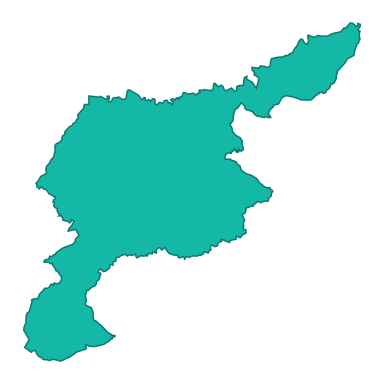 the district of Xochicoatlán, Hidalgo, Mexico
{"feature_id": "50627088B82617761182934", "entity_name": "Xochicoatlán", "entity_type": "district", "adm_level": 2, "iso_a3": "MEX", "parent_name": "Mexico", "parent_adm1": "Hidalgo", "projection": "robinson", "projection_center": [-98.634, 20.789], "detail": "fine", "context": "isolated", "style": "filled", "palette": "teal", "viewbox_px": 384, "rotation_deg": 0, "n_neighbors": 0, "source": "geoboundaries", "source_scale": "gbopen_adm2", "svg_char_len": 5830}
<svg xmlns="http://www.w3.org/2000/svg" viewBox="0 0 384 384"><path d="M138.6,95.3L129.3,89.8L128.5,90.0L127.5,90.5L126.0,98.1L125.4,98.7L122.7,99.7L118.4,96.9L117.2,97.9L115.3,97.5L112.6,98.4L111.6,101.1L109.9,102.1L108.2,101.7L109.4,98.6L109.1,96.1L107.2,96.3L107.6,97.8L105.9,99.3L100.4,96.3L99.5,97.2L88.9,96.0L88.9,104.5L85.2,104.4L83.8,105.5L84.0,107.8L77.7,114.9L78.4,117.9L76.0,120.4L76.0,122.2L73.4,123.1L72.2,125.4L69.4,126.8L65.0,131.5L64.6,134.5L62.4,136.1L61.5,140.6L59.0,142.7L56.2,143.8L55.0,145.7L55.1,150.4L53.8,156.6L51.0,159.9L49.4,163.3L46.5,166.3L45.8,169.7L46.6,172.5L46.3,173.4L40.6,176.6L38.4,180.6L35.9,183.5L37.2,185.2L36.8,186.8L38.1,187.0L39.0,188.9L41.6,186.8L43.7,189.1L46.2,189.6L49.2,193.9L52.8,195.6L53.7,196.7L55.6,196.6L54.9,199.1L53.4,200.0L53.0,202.1L54.4,202.8L53.7,206.0L55.3,207.8L57.0,208.3L57.5,210.0L57.0,210.9L58.1,212.0L58.1,213.3L60.1,214.2L58.7,215.9L60.8,215.7L62.7,217.9L63.0,220.2L68.4,221.6L69.4,222.8L70.6,222.3L71.6,219.8L74.0,221.2L71.9,225.3L69.1,228.4L68.1,231.1L75.7,229.4L79.1,235.4L75.6,238.8L74.6,242.6L72.0,244.6L62.5,248.2L56.1,252.7L55.5,254.5L53.5,254.7L51.9,256.8L49.9,256.1L48.6,258.9L45.3,259.8L44.0,261.2L44.1,262.3L48.3,262.1L50.6,263.9L52.4,263.2L52.7,265.2L54.9,267.9L55.8,270.6L57.6,271.5L61.8,277.5L61.0,280.9L58.5,283.6L56.8,283.8L54.2,282.9L53.4,285.0L51.3,284.1L50.2,285.1L49.6,286.9L47.3,288.4L45.1,288.1L39.1,294.7L38.4,297.6L36.3,299.0L33.9,298.8L31.5,300.0L32.0,301.4L29.5,311.0L26.8,313.7L26.0,317.3L26.1,322.7L24.2,326.6L23.7,330.2L29.2,339.5L24.6,347.4L31.3,352.3L32.4,350.9L34.8,350.6L35.9,351.3L36.5,353.5L38.9,356.6L42.2,358.0L42.8,359.1L44.6,359.8L47.0,359.6L48.7,360.6L53.7,359.3L60.3,361.0L62.0,360.5L70.5,356.6L76.9,351.9L85.7,349.2L86.5,347.5L85.4,345.6L85.6,344.6L89.6,346.3L94.9,346.6L103.7,344.4L109.6,340.7L110.3,339.3L112.2,338.9L112.2,337.7L115.0,336.4L115.1,335.8L112.4,335.3L107.5,332.3L101.3,325.5L98.2,323.4L96.7,321.5L94.5,320.5L93.2,318.5L93.1,312.9L91.5,307.8L86.6,305.6L84.9,303.9L86.4,301.4L85.3,294.4L86.5,292.9L86.5,290.4L88.4,290.3L92.1,286.9L94.6,286.2L96.1,284.3L96.6,281.4L98.9,279.8L100.9,274.0L100.4,273.0L98.2,272.8L98.8,270.0L100.4,269.0L103.5,271.6L105.7,271.0L109.7,267.9L110.0,264.8L111.1,264.4L113.0,265.2L112.9,262.1L115.7,261.2L116.5,257.5L119.0,257.1L120.9,255.7L125.0,254.3L127.4,256.0L129.2,254.7L131.4,255.5L135.5,254.3L136.1,256.8L137.0,257.9L140.4,255.8L144.7,256.1L147.4,254.4L146.7,255.6L147.1,256.1L148.6,253.2L152.1,253.9L152.9,251.7L156.3,253.1L156.6,252.2L156.0,250.1L158.3,247.9L160.2,247.8L161.3,249.7L162.2,249.9L164.7,247.4L168.8,253.3L173.7,255.1L177.3,255.1L178.2,257.2L179.3,258.0L183.0,256.7L184.4,257.9L184.6,260.0L185.5,257.3L186.3,256.6L189.6,257.4L190.3,256.6L193.2,255.9L197.2,256.1L199.3,255.0L200.6,255.4L203.4,253.9L204.0,251.7L208.2,253.0L209.4,250.6L210.9,249.9L210.5,246.8L211.1,245.3L212.9,245.5L214.7,246.7L217.5,245.8L218.0,243.0L221.6,241.3L221.1,240.1L221.5,239.3L229.1,242.4L229.8,242.1L230.2,240.5L235.9,239.2L236.3,236.6L237.5,236.3L238.6,237.4L240.4,237.6L242.3,235.0L245.9,233.3L246.0,230.0L243.0,228.7L243.7,226.4L243.4,222.5L244.8,220.3L242.4,215.5L242.5,214.5L245.3,212.7L246.4,207.6L249.0,207.4L250.4,206.1L253.1,206.2L253.3,205.2L257.9,201.4L260.6,202.6L264.2,201.2L268.3,201.0L268.7,198.2L271.2,196.0L271.5,193.1L272.7,191.4L272.6,190.5L270.6,189.6L269.9,187.7L266.8,187.8L263.5,186.2L261.9,184.2L260.4,183.9L256.6,178.5L251.4,175.3L246.2,173.7L242.3,171.1L241.2,169.7L240.0,166.0L236.7,163.7L236.6,162.0L235.3,162.0L234.2,160.8L232.9,160.9L229.5,159.0L225.2,159.3L225.0,156.8L225.7,154.2L226.3,154.3L227.1,153.0L231.4,153.2L231.6,151.9L234.3,150.2L233.8,148.0L236.0,151.4L236.2,150.3L236.9,151.3L236.6,152.7L237.6,151.3L237.5,150.2L238.3,152.0L238.9,151.5L238.7,149.1L241.3,151.3L243.6,149.3L242.0,144.1L242.3,140.8L240.9,139.4L240.7,138.1L235.5,135.2L232.6,131.5L231.9,127.9L230.0,124.5L233.0,120.7L233.6,114.1L235.1,109.4L237.6,108.1L241.3,102.8L244.8,106.2L245.0,108.5L246.0,109.6L252.3,111.4L254.7,114.5L257.9,116.5L258.7,115.9L262.3,117.3L264.6,117.4L266.2,116.6L268.2,117.6L270.5,117.5L270.8,117.1L268.5,113.9L268.8,111.9L271.6,108.1L273.2,107.1L273.4,105.3L278.7,103.8L281.5,98.3L284.0,96.5L286.5,95.7L293.4,97.0L301.5,99.9L309.6,100.1L311.7,99.5L315.4,95.9L319.0,93.5L318.8,92.6L322.0,92.3L324.0,93.5L326.0,92.1L326.8,89.9L328.8,88.9L330.3,86.6L330.6,84.2L332.4,84.0L334.4,82.7L336.5,77.8L336.2,75.5L337.4,73.1L336.7,72.1L345.2,62.7L347.2,59.0L353.9,55.4L354.6,51.1L357.0,44.0L358.6,42.9L359.2,40.3L360.0,39.7L359.1,34.4L360.0,31.2L358.0,30.2L358.0,29.4L360.1,26.8L360.3,24.4L357.8,23.4L357.8,25.9L356.7,26.6L352.5,23.2L350.2,23.0L345.9,27.9L343.8,28.0L340.9,31.7L332.1,33.7L327.7,36.0L321.0,36.1L318.2,35.4L313.6,37.4L308.4,35.1L307.6,36.1L308.7,41.2L307.2,44.1L304.8,43.5L302.4,39.2L300.5,39.3L298.7,41.7L296.7,46.6L295.0,48.0L292.4,52.9L289.7,53.8L288.0,55.3L284.6,55.8L283.1,57.0L278.0,57.2L271.6,58.7L270.8,60.4L269.9,66.6L266.3,67.6L264.8,66.4L260.5,65.9L258.8,68.2L251.9,67.3L252.2,70.0L254.8,72.9L254.0,74.7L258.0,77.1L258.9,78.9L256.3,88.5L252.4,82.3L247.1,79.4L246.6,78.7L246.8,76.2L244.3,77.7L243.3,85.2L237.7,85.8L236.7,87.1L236.7,90.3L234.7,91.4L231.5,88.0L227.0,90.4L225.3,90.7L224.2,89.8L223.1,86.6L221.2,85.2L218.5,86.8L214.9,83.3L213.8,83.9L213.1,88.7L212.1,90.1L210.4,90.5L203.4,89.6L201.8,90.6L200.4,90.1L199.0,90.5L200.0,92.7L197.2,93.5L195.9,95.3L193.6,93.2L187.5,94.1L185.3,92.7L183.3,92.7L181.9,96.5L179.2,97.3L178.8,99.3L177.2,97.8L176.4,97.9L175.0,100.1L173.2,98.7L171.0,99.4L170.7,100.2L173.1,102.2L173.1,103.2L171.6,104.7L170.7,102.8L168.2,102.8L167.6,100.5L166.3,100.2L164.0,101.1L162.9,103.3L159.5,102.4L157.1,104.7L155.5,104.4L154.8,103.1L155.1,99.5L153.0,98.5L150.6,101.2L148.6,99.6L146.1,100.7L145.1,99.5L145.3,97.8L144.1,97.5L142.3,99.5L141.3,99.2L138.6,95.3Z" fill="#14b8a6" stroke="#0f766e" stroke-width="1.5"/></svg>